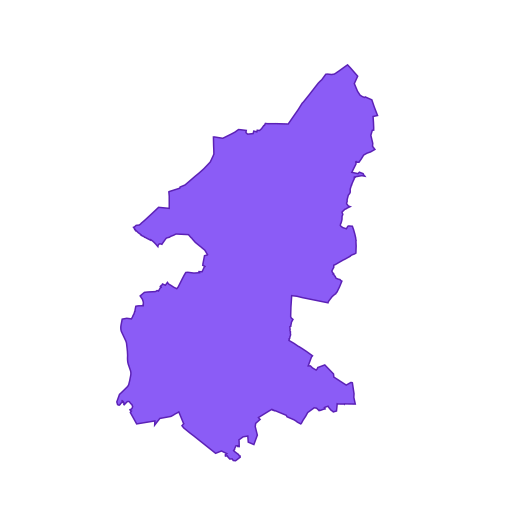 Tumes pag., Tukums, Latvia (orthographic projection), rotated 191°
{"feature_id": "27541924B85005755814597", "entity_name": "Tumes pag.", "entity_type": "district", "adm_level": 2, "iso_a3": "LVA", "parent_name": "Latvia", "parent_adm1": "Tukums", "projection": "orthographic", "projection_center": [23.074, 56.953], "detail": "fine", "context": "isolated", "style": "filled", "palette": "violet", "viewbox_px": 512, "rotation_deg": 191, "n_neighbors": 0, "source": "geoboundaries", "source_scale": "gbopen_adm2", "svg_char_len": 6009}
<svg xmlns="http://www.w3.org/2000/svg" viewBox="0 0 512 512"><g transform="rotate(191 256 256)"><path d="M227.9,437.5L229.9,433.6L234.6,424.3L238.9,416.1L239.8,414.8L242.4,408.0L249.6,391.7L261.8,389.7L269.8,388.1L272.1,387.9L272.6,385.8L273.2,385.6L274.9,381.9L275.7,380.9L276.4,379.9L276.9,379.8L278.8,379.7L278.9,378.0L282.0,378.2L282.2,375.6L287.5,374.0L289.1,375.0L289.5,375.5L289.5,376.1L289.5,377.4L295.5,377.0L297.3,376.8L300.4,373.5L303.5,371.0L311.1,365.2L317.8,365.0L319.7,364.9L320.5,364.7L318.7,356.4L317.6,351.8L316.8,348.0L317.3,345.6L318.3,341.6L318.9,339.4L323.9,331.6L327.6,326.7L331.0,322.6L339.2,312.2L343.7,309.2L343.8,308.0L353.5,302.7L353.8,302.4L352.6,298.2L350.8,289.1L350.3,286.2L360.9,285.2L366.7,277.1L372.0,269.9L374.7,266.5L375.6,265.1L376.6,264.1L379.5,263.2L380.8,261.4L381.7,260.8L379.8,259.0L380.0,258.8L378.9,257.9L378.8,258.2L376.0,256.4L373.0,255.0L373.1,254.7L371.7,254.1L369.8,253.7L368.9,253.1L368.0,253.1L367.0,252.7L362.5,251.4L362.4,251.9L360.2,250.9L358.6,249.9L356.6,248.5L354.1,246.5L354.1,248.0L353.3,249.4L351.9,249.7L350.6,249.5L350.4,250.1L347.7,256.1L346.9,256.8L344.6,257.9L343.5,259.0L340.5,260.9L339.1,262.1L338.3,262.4L326.4,264.1L323.2,261.6L322.5,261.3L321.8,260.6L318.2,257.8L307.4,252.0L303.8,248.0L304.0,247.7L306.6,246.5L306.6,238.3L306.5,237.6L306.5,236.7L304.1,236.0L304.8,234.8L305.9,230.3L308.9,229.8L308.3,228.8L308.7,228.7L313.7,227.4L319.9,227.0L321.8,226.4L322.9,223.3L324.0,219.6L324.1,219.3L324.1,219.2L326.5,210.7L327.5,208.8L330.7,209.6L333.8,210.9L336.4,211.8L336.9,212.2L337.9,213.2L338.9,211.0L339.4,210.0L342.4,210.7L342.5,210.5L342.6,210.0L343.4,208.6L343.6,208.7L344.1,207.9L343.5,207.6L343.6,207.3L343.2,207.1L343.9,206.3L345.1,203.0L346.5,203.2L347.6,202.1L348.2,201.8L355.1,200.1L358.6,199.0L362.1,194.7L359.3,191.9L358.7,190.9L357.8,189.2L357.2,185.8L357.5,185.8L357.4,185.6L361.7,184.7L363.3,184.2L364.4,183.7L364.4,180.1L364.3,178.5L364.5,178.4L364.7,176.1L365.5,173.4L365.5,172.9L366.3,170.5L371.0,170.2L375.3,168.5L375.3,162.4L375.2,160.8L375.0,159.6L374.7,158.4L374.3,157.3L373.8,156.3L367.6,147.8L367.0,146.8L366.5,145.8L364.8,140.4L364.0,137.7L363.1,134.1L362.6,131.0L362.2,129.3L361.7,127.6L360.9,125.7L357.1,119.1L356.6,117.7L356.3,116.4L356.2,114.7L356.2,109.6L356.4,105.9L356.6,104.6L356.9,104.1L357.0,103.6L360.8,98.0L363.6,94.1L364.8,86.2L363.5,83.7L361.9,83.4L361.3,84.0L361.0,84.4L360.7,85.5L359.3,86.9L359.2,87.2L359.9,88.0L359.8,88.4L359.2,88.2L358.5,87.6L358.5,86.8L358.0,86.6L357.2,86.4L356.9,85.9L357.4,85.6L357.4,85.0L357.0,84.8L354.6,88.5L353.2,88.9L352.5,88.8L350.8,87.2L349.6,86.6L348.4,84.8L348.5,83.1L349.1,82.0L350.4,81.1L349.8,80.3L348.7,80.0L349.5,78.4L341.1,68.4L323.8,74.8L323.2,70.7L319.4,78.2L308.9,82.3L307.3,83.6L304.7,86.0L304.1,86.4L302.0,88.2L297.4,81.2L295.3,78.0L294.9,77.6L296.3,75.3L294.1,73.4L287.2,69.7L282.9,67.6L258.0,54.6L252.7,58.0L249.0,57.0L246.9,56.4L248.2,54.9L247.8,53.8L245.9,54.3L245.4,53.5L243.0,51.7L240.8,52.3L239.3,50.9L237.0,51.1L235.3,53.0L233.4,55.2L233.2,55.3L233.4,56.6L234.2,56.6L235.4,57.9L236.6,58.4L240.2,60.2L240.9,60.9L240.1,61.8L240.2,63.0L239.4,65.9L237.7,66.3L237.5,65.5L236.1,65.7L237.3,71.2L237.7,72.2L234.5,75.7L234.0,76.1L229.7,77.7L228.1,71.8L222.1,70.5L220.5,80.4L224.2,88.4L224.4,91.6L220.8,96.4L221.9,97.1L222.8,97.9L214.0,106.0L211.2,108.5L210.1,108.3L210.2,107.9L208.1,107.6L208.0,107.9L195.9,105.4L194.9,104.1L187.2,102.4L185.0,101.5L183.7,100.8L180.0,99.7L179.5,100.5L178.5,103.8L176.7,108.1L175.4,112.2L169.9,118.1L167.5,118.2L164.8,116.4L164.7,116.6L164.5,116.3L163.2,116.8L160.6,118.4L159.0,119.1L159.9,120.3L158.6,121.2L156.6,122.3L156.1,121.6L153.3,119.2L152.4,118.7L150.4,117.9L150.3,117.7L147.4,119.2L148.1,126.4L147.6,126.3L141.2,127.5L141.0,127.4L141.0,127.7L130.3,129.6L133.0,135.9L133.5,139.5L137.2,149.9L137.3,150.0L138.7,150.0L142.8,146.5L156.5,152.0L157.4,155.0L167.7,162.2L174.1,158.3L174.2,157.2L175.2,155.5L179.2,156.9L181.6,158.5L183.8,158.1L182.3,167.3L181.5,168.8L188.4,172.0L193.2,174.0L196.6,175.3L197.0,175.3L201.8,177.4L207.5,179.4L207.4,179.9L207.5,180.4L207.8,180.8L207.3,181.3L207.2,181.6L207.3,183.4L207.1,184.0L207.0,185.3L207.4,186.4L207.7,187.2L207.6,187.8L207.7,188.2L208.3,189.0L208.6,189.7L208.5,190.6L208.8,191.2L209.3,193.1L208.4,193.9L208.6,194.1L208.5,196.5L208.6,197.7L207.6,200.8L209.6,201.9L210.4,203.1L210.8,205.4L212.0,212.7L213.4,223.9L208.2,224.3L202.6,224.0L176.4,223.8L176.4,224.2L176.0,225.7L173.5,230.7L171.7,233.0L170.4,234.3L170.4,234.8L169.6,236.1L169.1,238.0L168.2,241.3L166.9,247.7L167.7,247.9L169.1,248.9L171.1,249.0L173.2,249.5L173.9,250.3L174.3,251.1L175.1,251.5L175.6,252.2L176.2,252.7L176.7,252.8L176.5,253.6L177.6,254.2L178.7,255.7L177.9,258.6L177.5,259.5L177.9,261.8L176.3,262.9L173.0,265.8L169.3,269.0L168.5,269.5L163.3,273.9L163.3,274.3L161.7,275.6L159.7,276.8L158.5,277.9L159.6,284.9L160.7,289.4L160.7,290.4L161.2,291.4L161.6,292.8L163.0,296.0L165.2,300.4L167.1,303.6L170.7,303.2L171.5,302.7L172.5,300.0L176.1,300.4L178.3,301.4L179.1,302.1L179.1,304.1L178.8,304.4L178.6,306.9L178.6,308.5L179.1,311.4L178.7,313.5L179.8,315.0L179.9,315.6L177.7,318.8L176.8,319.3L175.4,320.6L173.0,322.4L174.9,322.7L177.0,324.6L177.2,325.6L176.9,326.6L177.3,328.7L177.0,333.3L176.0,335.2L175.7,336.7L176.3,339.6L175.8,344.2L175.6,344.2L175.6,345.1L174.8,348.7L174.4,350.0L174.4,350.6L174.4,351.0L174.5,351.6L173.9,351.9L174.3,352.4L167.9,354.9L166.7,355.1L164.4,355.1L164.7,355.4L165.4,355.7L166.6,357.3L170.5,358.0L171.6,356.3L177.9,356.4L175.4,365.5L176.0,367.4L175.7,367.8L174.9,367.3L172.8,367.7L171.1,371.5L169.6,375.6L166.7,378.1L163.4,380.0L159.6,383.3L162.5,385.9L162.9,388.9L166.3,396.4L165.8,401.6L164.5,402.0L165.0,404.6L166.1,409.2L167.7,415.3L163.5,417.1L168.5,425.1L172.1,431.4L179.1,433.0L179.8,432.3L182.5,432.9L184.6,433.8L187.8,437.1L192.4,444.0L190.5,451.9L199.1,458.6L202.6,461.1L203.1,460.6L203.7,460.0L210.0,453.3L213.8,449.5L215.6,448.9L216.2,448.6L220.6,448.2L222.2,447.7L225.1,441.5L226.4,439.8L227.9,437.5Z" fill="#8b5cf6" stroke="#5b21b6" stroke-width="1.5"/></g></svg>